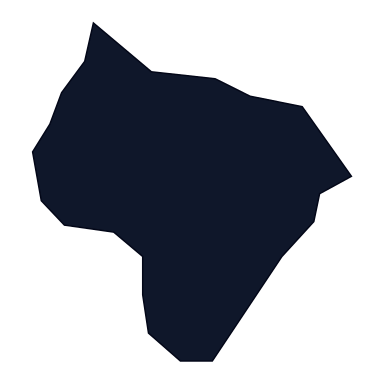 Qormi, Robinson projection
{"feature_id": "MLT-5945", "entity_name": "Qormi", "entity_type": "state/province", "adm_level": 1, "iso_a3": "MLT", "parent_name": "Malta", "parent_adm1": "", "projection": "robinson", "projection_center": [14.465, 35.875], "detail": "fine", "context": "isolated", "style": "filled", "palette": "ink", "viewbox_px": 384, "rotation_deg": 0, "n_neighbors": 0, "source": "natural_earth", "source_scale": "10m", "svg_char_len": 383}
<svg xmlns="http://www.w3.org/2000/svg" viewBox="0 0 384 384"><path d="M148.5,333.1L142.7,294.8L142.7,256.5L113.7,232.1L64.4,225.1L41.3,200.7L32.6,151.9L49.9,124.1L61.6,92.7L84.7,61.4L93.4,23.0L151.4,71.8L215.2,78.8L250.0,96.2L302.2,106.7L351.4,176.3L319.6,193.7L313.8,221.6L281.9,256.5L212.3,361.0L180.4,361.0L148.5,333.1Z" fill="#0f172a" stroke="#020617" stroke-width="1.5"/></svg>